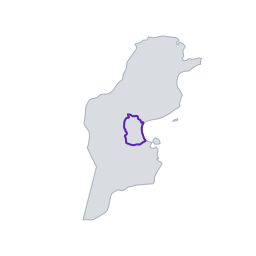 Tunisia, with Gabès highlighted, rotated 26°
{"feature_id": "TUN-111", "entity_name": "Gabès", "entity_type": "Governorate", "adm_level": 1, "iso_a3": "TUN", "parent_name": "Tunisia", "parent_adm1": "", "projection": "natural_earth1", "projection_center": [9.729, 33.79], "detail": "fine", "context": "in_parent", "style": "outline", "palette": "violet", "viewbox_px": 256, "rotation_deg": 26, "n_neighbors": 0, "source": "natural_earth", "source_scale": "10m", "svg_char_len": 3977}
<svg xmlns="http://www.w3.org/2000/svg" viewBox="0 0 256 256"><g transform="rotate(26 128 128)"><path d="M174.5,145.2L174.4,146.0L173.6,151.5L173.4,153.4L173.3,156.8L173.3,160.8L175.2,164.2L175.3,165.6L174.6,167.4L171.1,169.3L166.7,171.9L162.9,174.3L158.7,176.9L157.4,178.7L155.3,180.0L153.6,181.3L153.3,182.6L152.0,185.0L150.4,186.9L146.5,187.8L145.7,188.3L143.9,191.2L143.0,192.3L142.0,194.7L143.3,200.8L145.0,207.1L145.3,209.8L145.3,212.0L144.4,214.3L142.2,217.7L140.7,220.2L137.7,224.6L136.8,225.7L134.7,227.0L130.7,228.7L127.9,230.3L126.5,223.5L125.2,217.7L124.2,212.9L122.5,204.5L121.0,197.3L119.5,190.2L118.1,183.7L116.8,177.2L116.2,176.2L112.1,173.2L108.3,170.3L104.4,167.1L100.1,163.6L99.4,159.2L97.3,152.6L95.0,148.9L94.1,147.9L89.5,145.5L86.8,143.8L86.1,142.7L85.6,140.1L83.7,134.7L81.6,129.8L80.8,126.5L80.7,122.4L81.2,119.4L82.1,118.1L86.7,114.4L88.8,109.9L91.4,108.2L93.6,107.0L95.5,105.5L97.1,103.1L98.3,100.6L98.5,97.9L99.1,93.5L99.9,90.5L101.8,87.1L101.0,84.3L100.1,81.4L100.4,76.2L100.1,74.1L99.3,72.3L98.5,69.9L98.5,67.9L99.3,62.7L99.9,58.8L100.9,53.6L100.6,52.2L99.9,51.1L97.7,50.0L97.7,49.3L98.2,48.6L101.4,46.1L103.2,42.4L104.6,41.6L106.8,40.3L106.7,38.8L106.3,37.3L112.0,35.6L117.4,31.0L119.3,29.9L131.9,25.7L133.6,26.0L135.4,26.6L134.9,28.2L134.1,29.4L135.2,31.6L136.7,30.3L136.3,29.4L136.3,28.2L138.8,28.1L141.1,28.3L143.7,29.6L143.5,34.5L146.8,39.4L145.9,41.8L148.7,43.2L151.1,41.5L152.3,39.0L156.8,37.5L161.1,33.8L163.5,33.4L164.0,36.5L165.2,39.1L163.5,40.1L161.5,42.9L157.6,50.1L154.0,52.2L151.3,54.9L150.4,56.9L150.2,59.2L150.9,63.3L152.9,67.5L155.1,70.0L157.3,70.8L162.5,74.7L162.4,77.1L163.1,79.9L163.4,83.3L165.2,86.0L161.4,92.0L159.3,96.3L155.3,102.2L151.7,106.0L143.9,111.7L142.0,113.6L140.7,115.6L140.1,117.7L140.3,120.1L142.9,126.0L146.3,129.5L149.8,131.4L155.9,130.6L155.7,132.9L156.1,135.7L158.6,135.5L160.2,135.1L161.6,132.5L164.6,134.3L166.1,139.9L168.6,141.6L168.9,142.2L168.1,142.7L167.4,143.3L168.1,143.8L170.6,144.4L172.0,144.0L174.5,145.2ZM161.6,129.7L161.0,129.8L159.8,130.6L159.3,130.7L157.5,129.8L156.9,129.8L156.1,129.2L156.3,125.9L156.6,124.9L160.7,124.8L163.0,126.8L163.4,127.3L163.5,127.9L162.4,129.0L161.6,129.7ZM168.9,100.0L165.4,102.1L166.0,100.3L168.4,98.1L169.0,98.6L168.9,100.0Z" fill="#d9dde1" stroke="#a8b0b8" stroke-width="1"/><path d="M139.4,116.7L139.3,116.8L139.5,117.3L139.6,117.9L139.6,119.1L139.7,119.6L140.0,120.7L140.1,121.2L140.3,122.2L140.9,123.2L143.0,126.4L143.2,126.6L143.6,126.8L146.9,130.3L147.8,130.8L149.6,131.6L150.0,131.7L149.9,131.7L149.4,132.1L147.9,134.0L147.7,134.5L146.4,136.6L145.9,137.6L145.7,137.8L144.0,138.4L143.3,138.7L140.6,141.0L140.3,141.1L138.6,141.5L137.9,141.8L137.7,141.9L137.3,141.9L136.0,141.8L135.6,141.9L134.6,142.2L134.4,142.2L134.2,142.2L133.6,142.1L133.1,142.1L132.2,141.0L131.9,140.6L130.9,138.8L130.6,138.3L128.8,136.6L128.7,136.4L128.7,136.0L128.7,135.8L128.8,135.7L129.3,134.8L129.4,134.7L129.5,134.3L129.6,134.0L129.6,133.9L129.5,133.6L129.3,133.3L128.2,132.1L127.9,132.0L127.5,132.1L127.4,132.1L127.2,132.0L127.1,131.9L126.9,131.7L126.6,131.1L126.4,130.9L126.4,130.7L126.2,130.6L125.9,130.4L124.9,130.0L124.8,129.9L124.7,129.8L124.6,129.7L123.4,127.5L122.8,126.2L122.4,125.1L122.1,124.1L121.9,122.8L121.9,121.6L122.0,120.4L122.1,120.2L122.3,119.9L122.8,119.4L123.7,118.8L124.1,118.3L124.2,118.2L124.1,117.9L123.0,117.2L122.9,117.1L122.5,116.7L122.3,116.3L122.1,115.8L123.5,115.2L124.0,115.0L126.7,115.4L126.9,115.4L127.1,115.3L128.0,114.8L128.5,114.7L128.9,114.4L129.6,113.8L129.9,113.6L130.8,113.3L131.1,113.3L131.3,113.3L131.5,113.4L131.9,113.7L132.2,113.9L132.3,114.0L132.4,114.3L132.5,114.6L132.8,115.0L133.0,115.2L133.2,115.3L133.6,115.5L133.9,115.5L134.0,115.5L134.5,115.5L134.9,115.4L135.1,115.4L135.5,115.4L135.9,115.6L136.1,115.8L136.4,116.3L136.7,116.6L137.2,116.9L137.6,117.2L138.1,117.2L138.3,117.2L138.5,117.1L138.6,116.9L138.6,116.6L138.6,116.4L138.7,116.2L138.8,116.2L138.9,116.3L139.4,116.7Z" fill="none" stroke="#5b21b6" stroke-width="2"/></g></svg>